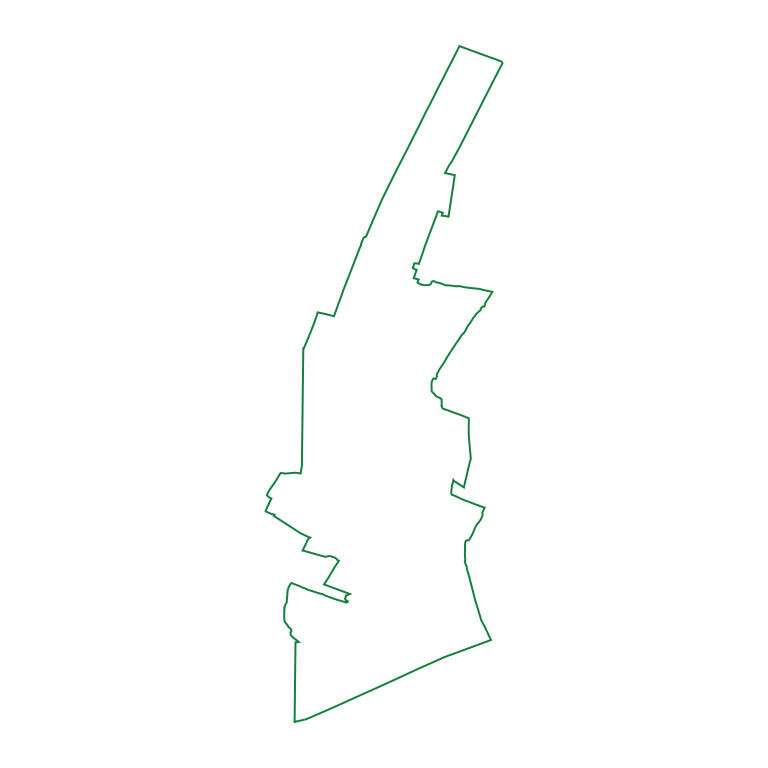 Piscu Vechi, Dolj, Romania
{"feature_id": "2599482B15359512308181", "entity_name": "Piscu Vechi", "entity_type": "district", "adm_level": 2, "iso_a3": "ROU", "parent_name": "Romania", "parent_adm1": "Dolj", "projection": "natural_earth1", "projection_center": [23.159, 43.89], "detail": "fine", "context": "isolated", "style": "outline", "palette": "green", "viewbox_px": 768, "rotation_deg": 0, "n_neighbors": 0, "source": "geoboundaries", "source_scale": "gbopen_adm2", "svg_char_len": 6060}
<svg xmlns="http://www.w3.org/2000/svg" viewBox="0 0 768 768"><path d="M498.7,70.4L502.4,63.5L502.2,62.5L501.7,61.7L501.2,61.4L499.9,60.9L497.6,60.1L495.4,59.2L491.4,57.8L485.3,55.6L468.1,49.3L459.4,46.1L458.2,48.6L454.9,55.2L447.2,70.1L443.8,76.9L438.3,87.6L435.2,93.9L430.1,104.0L426.6,110.5L422.1,119.7L415.0,133.9L411.9,140.0L405.5,152.7L395.6,171.9L389.5,184.3L382.5,198.4L370.9,225.1L366.1,236.6L365.9,236.8L365.5,236.8L364.6,237.0L363.9,237.5L363.4,238.3L363.3,238.7L363.1,239.0L361.1,243.9L360.9,244.6L361.0,244.8L361.1,245.0L361.1,245.3L360.8,245.9L360.7,246.3L360.5,246.5L360.4,246.7L360.3,246.8L360.1,247.0L354.8,260.8L349.8,273.6L343.3,290.2L342.3,293.3L334.5,314.7L334.0,316.3L330.6,315.3L324.9,313.9L317.7,312.4L316.8,315.3L315.7,318.6L313.8,323.9L310.3,333.0L303.9,348.2L303.3,348.2L301.9,465.5L300.8,472.7L300.5,473.5L297.3,472.9L295.4,472.8L294.0,472.8L289.5,473.2L287.4,473.4L285.0,473.6L283.2,473.2L280.7,473.0L280.1,473.7L274.7,482.6L270.9,487.9L269.1,490.6L267.0,494.7L266.8,495.2L269.5,497.7L271.4,498.5L267.0,507.7L265.6,511.1L267.4,512.3L268.7,512.7L269.9,513.1L270.8,513.8L274.5,514.7L273.8,515.9L300.9,533.5L302.2,534.0L304.2,535.0L307.8,536.7L310.2,537.6L308.8,538.6L307.9,539.5L307.1,541.0L306.6,542.4L304.1,547.5L303.4,549.2L302.6,550.5L314.4,553.8L324.8,556.7L325.4,556.7L326.1,556.8L327.1,556.4L328.0,556.2L329.2,556.1L330.6,556.3L331.3,556.4L332.0,556.7L332.6,556.9L334.7,557.6L334.9,557.7L336.6,558.9L337.2,559.8L338.5,560.6L338.9,560.8L334.8,566.9L328.2,578.1L324.0,584.4L349.9,594.0L349.7,594.1L348.6,594.1L348.5,594.3L348.1,594.7L347.6,595.2L346.6,595.3L346.2,595.3L345.9,595.7L345.8,596.9L345.4,597.8L345.4,598.1L345.2,598.3L345.1,598.5L345.2,598.8L345.3,599.0L345.2,599.4L345.4,599.7L346.0,600.0L346.4,600.9L347.6,601.1L347.7,601.9L346.3,602.6L343.3,601.6L338.9,600.3L336.8,599.7L331.8,598.0L325.4,595.6L322.6,594.2L318.6,593.2L310.1,590.4L308.6,590.0L307.6,589.6L304.4,588.1L303.1,587.8L301.4,587.0L299.3,586.0L291.4,583.0L290.8,583.5L288.8,586.9L288.1,589.1L287.7,590.2L287.5,591.4L287.4,591.9L287.3,592.7L287.4,593.3L287.3,594.2L287.4,595.1L287.2,596.0L286.7,601.9L286.6,602.6L286.1,603.6L285.6,604.2L285.5,604.4L285.2,605.3L285.0,606.3L284.8,606.6L284.3,607.4L284.2,607.6L284.2,607.9L284.3,608.2L284.5,608.6L284.6,609.0L284.5,609.4L284.3,610.1L284.2,610.9L284.2,612.1L284.3,612.8L284.3,614.1L284.2,614.8L284.2,615.6L284.2,617.8L284.5,620.7L285.0,622.0L285.5,622.8L286.7,624.2L287.3,625.0L288.1,626.4L288.5,626.9L289.0,627.4L290.5,628.8L290.9,629.2L291.1,629.5L291.2,629.8L291.3,630.0L291.3,630.8L291.3,631.2L291.2,631.4L291.1,631.6L290.8,632.0L290.5,632.3L290.4,632.9L290.5,633.4L290.6,634.0L290.9,635.1L292.0,636.4L293.4,637.8L295.4,639.3L297.4,640.8L298.8,642.0L295.5,642.3L294.6,721.9L306.0,719.3L328.9,709.4L357.1,696.7L386.6,683.4L419.1,668.4L444.7,657.0L491.0,640.0L484.1,625.4L483.0,623.6L481.3,620.3L475.1,599.8L469.0,575.9L467.2,570.1L466.6,566.3L465.3,563.3L464.8,561.4L465.3,559.4L465.0,557.1L464.9,553.8L465.0,548.1L465.0,545.1L465.3,542.5L465.7,541.0L467.0,540.3L468.3,540.3L468.9,540.2L469.9,538.6L472.8,533.5L474.6,528.8L476.5,524.9L479.7,521.1L480.8,519.2L482.3,516.3L482.5,514.2L482.4,512.5L483.8,509.4L484.6,507.7L478.1,505.3L473.6,503.7L467.8,501.4L465.6,500.7L459.5,498.1L456.0,496.3L451.7,494.6L451.5,494.0L451.2,492.5L451.6,488.9L451.9,487.2L452.3,484.2L453.2,481.3L453.4,480.2L453.8,480.8L454.7,481.5L455.9,482.1L457.2,483.2L459.5,484.5L462.1,486.2L464.0,487.4L464.3,485.6L465.1,481.9L466.3,477.2L468.3,468.3L470.8,458.6L468.8,436.2L468.7,428.8L468.9,418.3L460.9,415.1L455.0,413.0L450.3,411.3L448.3,410.5L445.6,409.5L444.3,409.1L443.5,408.9L443.0,408.6L442.7,408.3L442.4,407.9L442.0,407.3L441.9,406.7L441.6,406.4L441.6,404.9L441.8,403.8L441.7,403.3L441.6,402.7L441.6,402.1L441.6,401.4L441.7,400.1L441.6,399.3L441.0,398.7L439.6,397.9L437.0,396.6L436.1,396.2L435.6,395.7L435.3,395.0L434.7,394.4L433.3,393.0L431.8,391.5L431.5,390.5L431.7,388.6L431.5,386.2L431.5,383.9L431.7,382.4L432.1,380.8L432.7,379.8L433.3,378.5L433.5,378.4L434.4,378.8L435.4,379.1L435.6,379.0L436.2,377.8L436.7,376.9L437.0,376.2L436.8,375.7L436.8,375.0L436.9,374.2L437.2,373.7L437.5,373.0L438.4,371.7L438.8,370.4L439.3,369.5L440.0,368.6L441.5,366.3L443.5,363.4L445.9,359.3L447.4,356.7L448.8,354.6L449.4,353.5L451.1,351.0L452.2,349.2L453.6,347.2L456.1,343.4L457.7,341.2L459.2,338.8L461.3,335.7L462.2,334.5L462.9,333.8L463.9,332.9L464.5,332.2L465.7,330.0L468.2,325.4L468.8,324.6L469.6,323.7L471.1,321.4L473.3,317.9L476.9,313.3L477.5,312.8L478.2,312.2L478.8,311.5L479.3,311.1L480.2,310.4L480.7,309.9L480.8,309.5L480.7,309.0L480.8,308.7L481.1,308.2L481.4,307.9L481.9,307.3L482.5,306.7L483.1,306.5L484.2,306.6L484.4,306.5L484.6,306.2L484.6,305.9L484.9,304.9L485.2,304.3L485.2,303.6L485.6,302.5L486.5,300.9L487.4,299.8L489.2,297.0L491.2,293.9L492.3,291.9L485.8,290.5L482.5,289.9L481.7,289.4L480.0,289.1L478.0,288.7L474.9,288.5L466.4,287.5L463.3,287.0L462.6,286.8L462.0,286.6L461.0,286.4L459.7,286.2L458.7,286.1L458.0,286.2L457.1,286.3L455.8,286.3L455.1,286.3L453.6,285.9L451.4,285.6L449.7,285.5L448.0,285.3L445.9,285.3L445.4,285.3L444.9,285.1L444.5,285.0L443.4,284.4L442.5,284.0L439.0,282.9L438.3,282.8L436.4,282.3L435.9,282.1L435.4,281.9L435.0,281.6L434.5,281.4L433.4,281.1L432.6,281.2L432.1,281.5L431.9,281.7L431.6,282.2L431.1,283.3L430.7,284.1L430.4,284.4L430.1,284.6L429.4,284.8L428.7,285.0L428.2,285.1L426.9,285.1L426.1,285.2L425.7,285.2L425.1,285.2L424.6,285.2L423.5,285.0L421.2,284.5L420.8,284.3L419.7,283.9L417.5,282.7L417.6,282.2L418.1,280.8L418.7,279.5L415.6,278.7L413.7,278.2L414.6,276.0L415.2,274.0L416.0,271.8L416.6,269.8L415.6,269.6L415.2,269.4L414.8,269.2L414.3,268.8L414.1,268.6L413.6,268.3L413.2,268.2L412.9,268.1L412.8,267.7L412.8,267.3L413.6,266.1L414.2,263.3L415.8,263.3L416.2,263.3L417.2,263.5L418.8,263.9L423.1,251.8L424.9,246.2L426.0,243.2L426.6,241.7L429.0,235.2L433.5,223.3L436.7,214.9L437.8,211.7L438.0,211.3L442.0,212.6L442.8,212.8L441.7,215.6L445.1,216.0L448.5,216.7L454.8,175.1L445.0,173.1L449.5,164.7L451.4,162.2L452.2,160.8L460.0,146.4L498.7,70.4Z" fill="none" stroke="#15803d" stroke-width="2"/></svg>